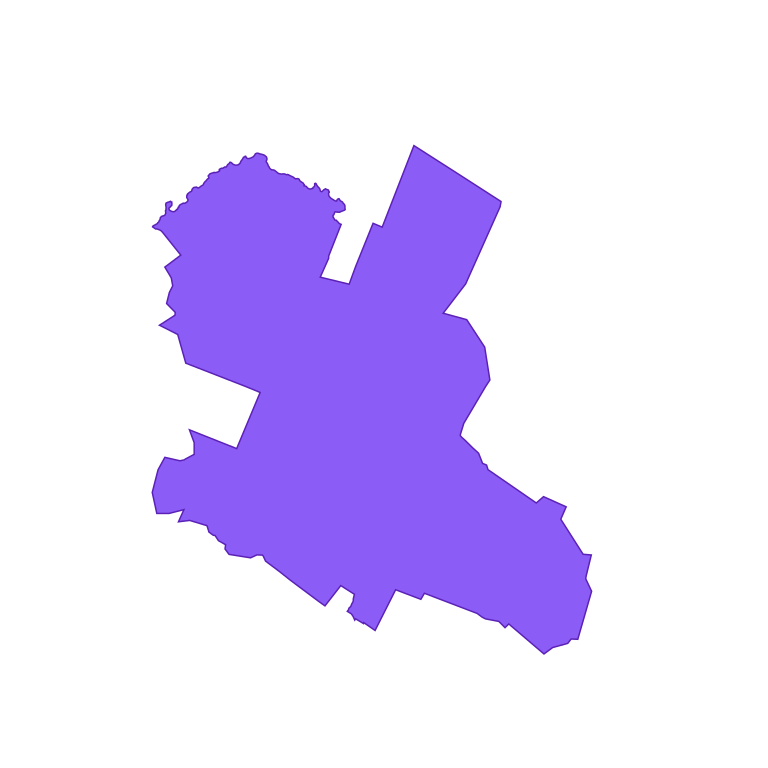 Bavispe, Sonora, Mexico, rotated 21°
{"feature_id": "50627088B39855980825322", "entity_name": "Bavispe", "entity_type": "district", "adm_level": 2, "iso_a3": "MEX", "parent_name": "Mexico", "parent_adm1": "Sonora", "projection": "albers", "projection_center": [-109.2, 30.646], "detail": "fine", "context": "isolated", "style": "filled", "palette": "violet", "viewbox_px": 768, "rotation_deg": 21, "n_neighbors": 0, "source": "geoboundaries", "source_scale": "gbopen_adm2", "svg_char_len": 6062}
<svg xmlns="http://www.w3.org/2000/svg" viewBox="0 0 768 768"><g transform="rotate(21 384 384)"><path d="M427.9,171.7L370.8,159.8L326.5,150.7L326.1,238.2L316.2,237.9L315.4,284.2L315.7,303.3L286.2,307.1L287.3,286.5L286.5,284.3L286.8,250.3L285.4,250.3L284.4,250.1L283.5,249.5L281.8,248.8L280.9,248.2L280.7,248.2L279.9,248.5L279.5,248.6L279.2,248.4L277.2,246.7L276.6,246.4L276.5,246.0L276.1,245.3L276.1,245.0L276.1,244.7L276.5,244.0L276.5,241.3L276.5,241.1L276.8,240.7L277.2,240.6L277.6,240.6L279.8,240.0L281.2,239.4L281.8,238.7L282.5,237.9L283.2,237.4L284.5,236.2L285.2,235.3L285.2,235.0L285.1,234.7L284.7,234.2L284.2,233.1L283.9,232.1L283.6,231.5L283.1,231.0L282.6,230.5L281.2,229.9L280.2,229.1L279.5,228.8L278.7,228.8L277.5,228.5L277.0,228.2L275.9,227.3L275.5,227.1L275.3,227.2L274.3,228.3L274.2,228.8L274.2,230.1L273.8,230.4L272.7,230.5L272.4,230.5L267.9,229.6L265.6,228.5L265.1,228.0L264.3,226.7L263.9,225.7L263.9,225.4L264.2,224.7L264.1,224.4L263.9,224.1L263.5,224.0L262.7,222.9L262.4,222.8L260.8,222.9L260.0,222.9L259.6,222.7L259.3,222.8L258.7,223.7L258.0,224.5L257.8,225.2L257.2,226.5L256.8,226.7L256.6,226.8L255.9,226.8L255.5,226.6L254.8,225.8L254.4,225.1L254.0,224.7L252.8,224.0L251.6,223.5L250.2,222.6L249.0,221.5L248.6,221.2L248.3,221.1L248.1,221.2L247.5,221.7L247.5,221.9L247.5,222.1L247.7,222.5L248.0,223.0L248.2,223.9L248.0,224.9L247.4,225.8L247.3,226.3L247.5,226.6L247.3,227.0L246.8,227.2L246.1,227.9L245.3,228.4L244.7,228.6L243.6,228.6L242.1,228.3L240.8,227.4L239.1,227.4L238.4,227.6L238.4,227.2L238.1,226.8L238.1,226.4L237.2,226.0L236.7,225.6L235.9,225.1L235.5,225.2L234.9,225.1L232.8,224.5L232.1,224.0L231.7,223.5L230.9,223.1L230.0,223.1L228.5,223.8L227.7,224.2L225.2,223.4L222.4,223.2L221.6,223.1L220.8,223.1L220.1,222.9L219.0,222.9L217.9,223.6L217.6,223.6L216.6,223.5L215.5,223.6L214.2,224.1L213.3,224.7L211.4,225.1L209.8,225.2L205.2,223.7L203.9,223.8L202.4,224.3L201.1,224.0L199.8,223.4L198.7,222.3L197.8,221.8L197.4,221.2L196.7,220.6L196.2,219.9L194.5,218.9L194.2,218.2L194.3,217.1L194.2,216.2L193.8,215.3L193.0,214.3L192.8,214.1L190.5,213.3L189.5,213.2L187.1,213.4L185.5,213.7L184.7,213.6L184.0,213.7L183.6,213.7L182.6,214.1L182.3,214.3L181.5,215.1L181.3,215.6L181.3,216.6L180.5,218.7L180.0,219.3L178.9,220.5L178.5,220.9L177.8,221.4L177.2,221.9L176.9,222.0L176.5,222.2L176.0,222.3L175.4,222.4L174.8,222.2L174.1,221.6L173.3,221.2L173.2,221.0L172.7,221.2L172.6,221.9L172.0,222.3L171.8,222.4L171.5,222.8L171.5,223.7L171.3,224.3L171.3,224.6L171.3,224.9L170.6,227.1L170.5,229.1L170.4,229.8L169.5,231.3L169.2,231.7L168.4,232.2L167.5,232.7L166.5,233.0L165.9,233.0L164.2,232.9L163.1,232.4L161.9,232.0L161.3,232.0L160.8,232.1L160.6,232.4L160.6,233.0L160.5,233.5L160.4,233.8L159.8,234.5L159.4,235.5L159.2,236.5L159.1,237.5L158.8,238.0L158.4,238.2L157.6,238.4L157.0,239.2L156.4,240.1L155.9,240.5L154.9,240.8L153.6,242.3L153.4,242.6L153.4,243.1L153.5,243.3L154.0,243.7L154.1,243.8L154.0,244.1L153.5,244.9L152.7,245.7L151.6,246.6L150.6,247.2L150.0,247.2L149.3,247.5L148.7,248.1L147.0,249.4L146.0,250.4L145.8,251.1L145.5,252.4L145.3,252.6L145.3,252.8L145.8,253.4L146.6,254.1L146.7,254.6L146.5,255.0L145.9,255.6L145.6,256.2L145.3,257.1L145.1,258.2L144.6,258.7L143.9,261.0L143.8,261.9L143.9,262.4L143.7,263.0L142.1,265.1L141.2,266.7L140.3,267.6L140.0,267.7L138.7,267.4L138.1,267.4L137.6,267.8L136.3,268.5L135.9,268.8L135.7,269.2L135.1,270.8L135.1,271.8L135.3,272.5L135.1,273.2L134.9,273.3L134.7,273.7L134.3,274.1L134.1,274.2L132.7,276.5L132.4,277.4L132.7,277.6L132.8,277.7L132.5,278.2L132.4,278.8L132.6,279.4L132.8,280.1L133.0,280.6L135.1,282.3L135.2,282.8L135.2,283.3L134.8,284.5L134.7,284.9L133.5,286.4L133.3,286.7L133.1,286.8L132.7,286.8L132.2,287.1L131.7,287.1L131.0,288.0L129.8,289.3L129.1,290.3L129.0,290.8L128.9,291.5L129.1,292.4L128.6,292.7L128.6,294.1L128.6,294.9L128.4,295.2L127.9,295.3L127.4,296.8L127.2,297.0L126.9,297.8L125.7,298.6L125.3,298.7L124.2,298.9L123.3,298.9L121.5,298.6L120.6,297.8L120.3,297.2L120.3,296.7L120.8,295.9L121.2,294.7L121.5,294.0L121.9,293.5L121.9,293.4L121.2,291.2L120.8,290.8L120.7,290.2L119.8,290.3L119.7,290.2L119.3,289.9L119.1,290.0L118.2,291.0L117.5,291.4L117.4,291.5L116.8,292.0L116.6,292.4L116.2,292.6L115.9,293.0L115.7,293.2L115.8,294.0L115.8,294.6L116.0,294.8L116.6,296.1L117.1,296.9L117.4,297.5L117.7,298.7L118.1,299.9L118.1,300.2L117.9,300.7L118.3,301.3L118.5,301.8L119.0,302.5L119.0,304.2L118.9,304.9L118.3,305.5L118.0,306.0L117.3,306.3L116.6,307.1L116.1,307.3L116.0,308.1L115.6,308.7L115.6,309.0L116.0,310.9L115.6,311.8L115.7,313.2L115.5,313.6L114.9,314.8L114.9,315.4L114.6,315.9L114.0,316.5L113.5,317.2L112.5,318.3L111.9,319.0L111.7,319.4L111.6,319.7L111.6,320.2L115.2,321.1L116.6,320.6L119.7,320.6L121.2,320.9L123.0,321.8L148.1,336.5L137.5,353.4L147.3,361.1L151.6,368.1L150.8,375.4L152.2,386.8L163.4,391.9L164.2,394.7L153.3,409.6L173.7,411.7L191.5,435.6L255.6,435.9L271.4,436.3L269.6,497.1L218.8,496.5L227.8,506.8L232.0,517.7L225.4,525.3L224.6,526.5L221.0,528.8L205.7,531.0L203.8,545.0L206.5,568.3L218.3,586.3L229.7,581.9L242.2,573.0L241.5,586.3L251.5,581.0L269.5,579.7L273.7,585.0L278.8,586.4L280.6,586.0L285.6,589.6L293.7,590.8L294.7,595.0L300.4,598.6L321.7,594.1L326.6,589.1L331.8,587.3L332.9,587.9L336.9,591.8L353.4,596.5L367.1,600.8L401.1,610.4L408.4,612.3L415.9,587.7L431.7,590.9L432.2,594.6L432.3,595.4L432.6,596.4L433.0,597.4L433.1,598.3L432.7,601.0L432.7,603.4L432.5,604.0L431.6,605.8L431.7,608.1L431.4,608.6L431.2,609.4L435.6,610.2L436.7,610.8L438.6,612.2L441.3,614.9L441.7,613.4L450.7,615.0L450.6,614.0L464.0,617.3L468.6,571.9L495.6,571.8L496.7,564.9L553.2,564.8L559.2,566.5L563.0,566.9L576.3,564.5L584.3,568.1L586.5,563.3L630.1,578.7L635.9,569.6L648.5,560.3L650.1,555.0L656.4,552.9L652.1,503.1L643.0,494.4L642.0,493.2L641.5,490.5L638.8,469.3L630.9,471.6L597.5,446.9L598.1,433.4L573.3,432.0L568.8,440.5L511.8,426.7L508.8,422.9L504.5,422.8L497.1,414.7L489.4,411.7L480.6,407.8L475.4,405.8L473.7,404.8L473.4,403.7L472.6,392.1L479.7,350.3L481.4,342.3L464.8,313.5L438.2,294.3L413.9,296.7L424.4,261.2L424.5,258.6L428.9,177.0L427.9,171.7Z" fill="#8b5cf6" stroke="#5b21b6" stroke-width="1.5"/></g></svg>